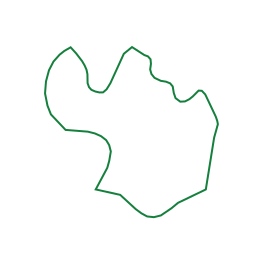 the border of Hải Dương, rotated 288°
{"feature_id": "VNM-460", "entity_name": "Hải Dương", "entity_type": "Province", "adm_level": 1, "iso_a3": "VNM", "parent_name": "Vietnam", "parent_adm1": "", "projection": "albers", "projection_center": [106.419, 20.964], "detail": "fine", "context": "isolated", "style": "outline", "palette": "green", "viewbox_px": 256, "rotation_deg": 288, "n_neighbors": 0, "source": "natural_earth", "source_scale": "10m", "svg_char_len": 945}
<svg xmlns="http://www.w3.org/2000/svg" viewBox="0 0 256 256"><g transform="rotate(288 128 128)"><path d="M145.4,212.9L93.6,221.0L72.3,198.7L65.2,194.2L55.0,186.3L51.2,180.2L49.8,173.5L51.0,167.1L53.2,160.5L62.0,141.2L59.6,116.3L83.7,120.6L91.0,120.3L100.4,118.9L105.9,115.4L109.7,111.0L111.9,104.9L112.6,98.1L112.1,90.9L106.9,69.2L117.1,50.5L124.4,44.5L135.3,38.4L147.0,35.6L158.5,35.0L168.2,36.6L176.6,40.3L181.7,43.7L187.0,48.5L182.9,55.7L177.4,63.7L174.0,67.5L170.5,70.6L166.6,72.8L158.2,75.7L154.8,78.3L153.0,81.4L152.6,85.7L153.0,89.9L154.2,93.3L158.2,95.7L165.2,97.4L197.3,101.1L206.2,106.8L202.4,121.1L202.3,124.8L200.3,128.2L196.1,130.0L190.5,131.0L186.6,133.6L183.9,137.7L183.0,144.6L183.8,149.8L183.5,154.3L181.3,157.7L175.5,160.7L171.1,164.0L169.2,169.6L170.9,174.0L174.3,177.4L178.1,179.9L185.4,183.6L186.2,186.7L183.8,191.1L165.9,208.0L162.3,210.7L159.4,212.3L145.4,212.9Z" fill="none" stroke="#15803d" stroke-width="2"/></g></svg>